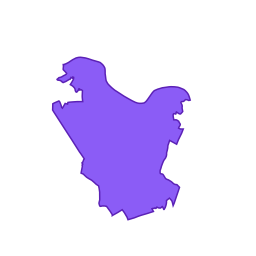 the district of Thuan An, Bình Dương, Vietnam, rotated 144°
{"feature_id": "81297802B69956804658452", "entity_name": "Thuan An", "entity_type": "district", "adm_level": 2, "iso_a3": "VNM", "parent_name": "Vietnam", "parent_adm1": "Bình Dương", "projection": "mercator", "projection_center": [106.706, 10.932], "detail": "fine", "context": "isolated", "style": "filled", "palette": "violet", "viewbox_px": 256, "rotation_deg": 144, "n_neighbors": 0, "source": "geoboundaries", "source_scale": "gbopen_adm2", "svg_char_len": 4440}
<svg xmlns="http://www.w3.org/2000/svg" viewBox="0 0 256 256"><g transform="rotate(144 128 128)"><path d="M69.0,136.2L71.0,137.4L76.7,140.4L81.3,142.0L84.4,142.7L85.5,142.7L87.7,142.2L94.4,139.9L96.9,139.1L98.4,138.8L99.5,138.8L100.1,138.8L101.1,139.2L102.7,140.1L104.1,141.1L105.5,142.4L107.0,144.5L108.7,147.7L110.3,151.1L112.5,156.0L114.6,161.5L116.1,165.4L116.3,165.8L116.8,167.5L117.5,170.3L118.0,173.1L118.2,174.5L118.3,175.7L118.2,176.9L117.9,179.1L117.0,180.9L114.9,184.7L114.6,185.4L114.4,185.6L112.9,187.7L111.9,189.3L111.5,190.2L111.3,191.6L111.2,193.1L111.3,194.2L111.5,195.3L112.0,197.3L112.9,198.7L116.8,203.7L119.3,207.2L121.1,209.5L121.5,209.9L122.9,211.3L124.9,213.2L126.7,214.3L128.9,215.2L132.8,215.8L137.7,216.0L140.3,216.4L142.0,216.9L142.1,216.7L143.1,217.4L143.9,216.0L144.0,215.9L144.1,215.6L144.3,215.5L144.4,215.4L145.9,213.7L146.0,213.3L146.1,213.2L146.0,212.5L145.7,210.5L145.5,208.3L146.2,207.9L146.6,207.8L147.0,207.8L147.6,207.9L148.4,208.0L149.5,208.2L151.0,208.3L151.9,208.4L152.5,208.6L153.6,209.0L154.1,209.3L154.5,209.3L155.3,209.2L156.2,209.1L156.8,209.1L156.9,208.7L156.8,208.2L156.4,207.8L155.8,207.2L155.1,206.5L154.7,205.8L154.3,204.8L154.3,204.1L154.1,203.7L153.9,203.1L153.8,202.9L153.4,202.8L152.2,202.5L151.5,202.3L151.0,202.2L150.1,202.1L149.6,202.1L149.1,202.0L148.7,202.0L148.0,201.9L147.4,201.9L147.0,201.8L146.4,201.6L146.0,201.5L144.3,202.4L143.8,201.1L142.7,201.7L142.2,200.9L143.3,199.6L144.5,199.0L146.5,198.1L149.2,197.0L148.2,194.7L148.0,193.7L147.8,192.3L147.8,191.7L147.9,191.2L148.0,190.6L148.6,189.4L148.8,188.8L148.8,188.4L148.9,187.9L148.8,187.5L148.6,187.3L148.4,187.2L147.9,187.2L147.2,187.4L146.4,187.6L145.8,187.9L145.0,188.4L144.6,188.6L144.4,188.4L144.2,188.1L144.2,187.9L144.3,187.7L144.5,187.5L144.7,187.3L144.9,187.2L144.5,186.9L143.9,186.7L143.6,186.5L143.2,186.2L143.1,185.7L142.9,185.0L146.0,181.1L146.8,180.0L147.4,179.0L149.1,176.0L153.9,179.4L158.2,182.1L159.5,182.9L160.4,183.4L161.2,183.8L161.6,184.0L162.8,182.9L164.4,184.8L167.8,183.3L169.4,182.6L169.6,183.6L168.8,185.6L168.0,188.6L167.9,189.0L167.9,189.7L168.0,190.5L172.9,191.6L174.6,191.8L177.9,187.5L178.4,186.9L178.6,184.6L180.0,159.3L180.4,151.5L181.3,137.2L181.3,134.6L181.5,128.7L182.4,128.5L183.4,127.8L184.6,127.0L185.2,127.0L185.8,126.8L185.8,125.4L186.1,125.3L186.6,125.2L186.9,125.0L187.2,124.5L187.1,124.3L187.3,124.0L187.9,123.4L192.5,119.1L191.2,116.9L190.9,115.0L190.4,112.5L189.6,110.4L188.1,107.1L187.4,104.2L186.8,101.1L185.8,98.5L186.8,96.2L188.6,92.8L189.4,91.7L192.1,87.9L193.1,86.5L195.0,84.9L195.7,84.2L196.3,82.8L196.6,81.8L196.6,81.4L196.6,81.1L196.3,80.8L194.4,79.9L193.1,78.9L192.7,78.6L191.9,77.7L191.4,77.2L191.4,76.4L191.4,72.3L191.4,70.5L191.6,68.4L191.6,67.6L191.7,67.1L192.2,66.4L191.9,66.4L186.1,65.7L180.7,65.3L180.7,61.4L181.2,56.3L181.9,53.8L175.6,51.6L171.7,50.6L168.5,49.6L162.6,47.5L156.5,45.5L156.1,48.6L155.2,48.4L154.5,47.9L154.2,47.6L153.7,47.6L153.2,47.5L152.8,46.6L152.4,46.6L152.0,46.7L151.5,47.0L151.1,47.0L150.3,45.5L149.3,44.5L148.8,44.2L148.2,44.1L146.5,44.3L146.4,43.5L146.8,41.7L146.9,41.1L146.6,40.9L146.2,41.1L144.6,41.8L143.6,42.5L142.4,43.4L140.9,44.8L139.5,46.7L135.7,46.9L135.4,44.2L135.4,43.0L136.0,41.3L137.1,38.7L134.9,40.0L121.2,49.7L121.7,53.4L123.1,54.7L123.5,55.3L124.0,56.7L124.1,57.6L124.6,59.4L125.8,62.3L126.9,63.9L127.3,65.2L127.2,66.7L127.0,68.7L127.0,69.9L127.3,70.6L127.9,71.2L128.4,71.8L128.6,72.2L128.1,73.3L127.0,74.7L126.7,75.0L126.4,75.1L125.9,75.5L124.9,76.2L123.3,77.5L120.4,79.4L118.2,80.7L115.2,81.7L113.4,82.8L112.4,83.8L111.7,84.8L111.4,85.2L109.1,87.1L107.6,88.5L106.1,90.3L103.8,91.9L101.6,93.5L98.2,86.3L93.7,89.1L91.2,90.4L87.6,92.3L83.9,94.7L86.2,96.4L87.2,98.1L86.4,98.7L84.6,99.4L83.9,99.9L83.5,100.3L83.4,100.7L83.3,102.6L83.0,103.7L83.3,104.3L83.5,105.0L83.8,105.6L84.2,106.3L86.1,107.6L86.2,107.8L85.5,108.9L85.0,110.1L84.1,111.7L83.6,112.2L83.2,112.6L82.8,112.7L82.3,112.6L81.9,112.1L81.5,111.5L81.2,111.3L80.8,111.3L80.4,111.8L79.7,112.5L79.4,112.5L79.1,111.8L78.6,110.3L78.1,109.2L77.3,108.5L76.9,108.5L74.5,109.0L73.9,109.3L73.5,110.3L72.5,112.4L71.2,113.9L70.7,115.1L70.5,116.5L70.2,117.6L69.6,117.9L69.0,117.8L68.3,117.3L67.5,116.9L66.2,116.9L65.1,117.2L64.6,117.1L63.8,116.3L63.3,115.7L63.0,115.1L62.6,114.5L61.3,114.0L60.2,117.0L59.6,119.1L59.4,120.5L59.4,122.1L59.7,124.5L60.2,126.3L61.2,128.0L62.5,130.1L63.7,131.7L66.2,134.0L69.0,136.2Z" fill="#8b5cf6" stroke="#5b21b6" stroke-width="1.5"/></g></svg>